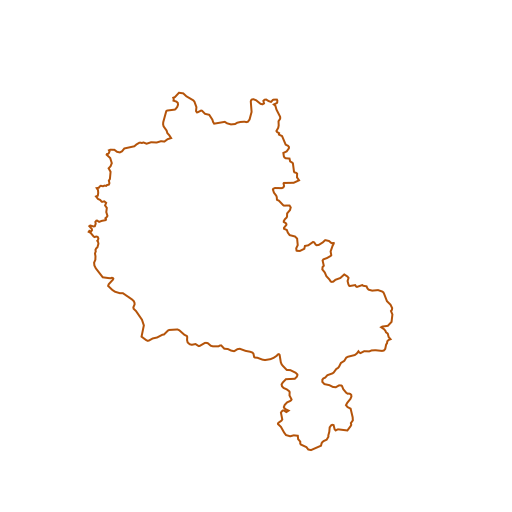 the district of Nguyen Binh, Cao Bằng, Vietnam, rotated 39°
{"feature_id": "81297802B34664406606726", "entity_name": "Nguyen Binh", "entity_type": "district", "adm_level": 2, "iso_a3": "VNM", "parent_name": "Vietnam", "parent_adm1": "Cao Bằng", "projection": "orthographic", "projection_center": [105.947, 22.647], "detail": "fine", "context": "isolated", "style": "outline", "palette": "amber", "viewbox_px": 512, "rotation_deg": 39, "n_neighbors": 0, "source": "geoboundaries", "source_scale": "gbopen_adm2", "svg_char_len": 6112}
<svg xmlns="http://www.w3.org/2000/svg" viewBox="0 0 512 512"><g transform="rotate(39 256 256)"><path d="M217.8,390.7L223.5,390.5L225.2,390.1L226.0,389.1L227.6,385.1L230.4,381.6L232.8,376.1L233.9,374.9L234.5,369.3L235.1,368.1L241.2,362.5L243.2,362.0L249.9,362.3L252.6,361.7L253.5,362.2L255.3,364.7L257.3,366.2L260.0,366.3L262.0,365.4L264.4,362.5L268.1,362.1L268.8,361.4L271.0,355.7L271.9,354.9L273.3,354.1L277.4,354.2L279.4,353.3L283.7,349.8L284.3,348.3L285.2,347.4L289.7,348.0L292.7,346.0L296.1,345.2L298.5,344.0L299.0,343.6L300.2,340.1L301.8,338.3L307.6,336.3L311.7,334.1L314.0,333.3L315.4,333.5L318.2,335.7L319.1,335.6L321.1,334.2L326.2,332.5L328.5,331.2L332.2,327.0L333.8,324.0L334.9,320.5L334.9,318.9L335.5,317.9L336.6,318.0L342.2,323.0L344.2,324.1L346.0,324.5L351.6,325.2L354.5,323.1L360.2,321.8L362.7,322.0L363.3,322.8L363.7,324.2L363.4,327.0L356.8,332.9L356.4,337.5L356.7,339.7L358.2,340.9L360.5,341.2L363.8,340.3L367.0,340.2L367.8,340.6L369.8,343.3L373.9,345.1L374.1,346.0L373.7,347.4L372.3,350.1L372.0,353.6L372.7,355.9L373.2,356.3L375.6,356.4L378.6,355.7L377.8,358.2L374.9,358.5L374.1,359.1L373.8,360.6L374.0,362.1L379.3,366.5L379.4,368.0L378.4,371.5L378.5,372.4L378.9,372.8L382.9,373.1L388.9,375.5L392.0,376.3L396.0,374.6L398.2,371.6L401.6,369.4L404.0,371.8L407.2,372.4L408.4,373.9L409.4,374.3L415.5,372.8L418.4,373.5L420.9,372.2L425.9,362.5L424.8,360.2L424.7,358.7L425.1,357.1L426.5,354.3L426.0,350.9L425.1,349.9L423.6,346.5L421.1,342.8L421.0,340.1L421.5,339.2L422.7,338.6L426.2,341.2L427.7,341.4L428.6,339.4L429.4,338.7L436.8,334.1L436.6,328.7L436.3,327.3L434.9,326.2L434.7,322.8L432.6,320.5L425.6,315.1L422.2,315.8L419.8,315.3L419.3,312.7L419.3,307.6L418.6,305.2L417.4,304.0L416.1,303.9L414.8,304.4L414.0,305.3L412.2,305.5L407.7,304.6L404.6,302.9L403.9,302.9L402.0,304.2L400.6,307.8L398.1,309.4L394.3,310.2L389.8,312.5L386.8,312.1L385.4,310.3L385.4,308.7L386.3,307.0L386.5,303.7L389.3,299.1L389.7,297.7L389.5,293.3L390.2,291.3L390.2,289.8L389.3,285.7L390.6,281.9L390.1,278.2L390.8,276.5L395.1,270.8L395.7,268.4L395.6,265.6L396.9,266.0L398.3,265.7L400.0,261.9L404.0,258.9L405.3,256.6L408.2,254.0L413.6,250.5L414.8,249.1L414.9,248.1L414.9,246.9L412.8,242.8L412.8,241.5L411.7,239.6L411.9,237.8L412.9,236.0L410.1,235.5L407.2,233.4L405.0,233.5L403.9,232.8L401.8,232.3L398.1,232.6L398.6,231.3L402.4,227.3L402.8,221.9L398.8,215.6L395.5,213.8L395.5,212.3L394.6,210.8L391.2,209.2L386.2,208.7L379.4,204.8L377.9,204.1L376.4,204.2L372.3,205.7L368.1,209.8L364.7,211.3L363.1,211.1L361.0,210.0L358.0,211.7L356.9,211.7L353.9,216.5L353.0,216.7L351.4,216.2L347.7,220.4L347.0,220.5L345.4,219.7L342.9,217.8L341.7,214.8L340.0,214.4L336.2,214.8L335.4,220.0L332.7,224.5L332.2,227.3L331.1,228.5L330.1,228.8L327.7,228.0L323.4,227.4L319.8,225.5L316.0,224.7L314.7,222.7L314.8,220.9L310.6,217.6L310.5,216.2L312.5,212.8L314.0,208.9L314.0,208.0L311.1,205.5L309.1,199.9L308.6,197.4L308.2,197.0L306.6,198.5L303.3,198.4L300.0,200.0L299.7,200.4L299.4,203.2L297.8,207.9L296.3,209.5L295.2,209.6L292.7,208.8L291.5,209.2L289.9,214.8L287.7,217.4L289.0,220.0L286.9,224.5L284.6,226.2L284.1,226.3L282.4,224.7L281.6,221.3L277.0,216.6L274.0,216.3L269.0,218.6L266.0,217.8L263.6,216.4L260.6,217.2L260.0,216.5L260.0,212.7L259.6,212.1L258.4,211.7L256.2,212.1L255.6,211.4L255.3,209.1L255.6,206.8L255.2,205.7L253.4,203.3L253.5,198.9L252.4,196.4L250.3,195.7L245.9,199.3L245.1,199.4L239.1,198.6L236.9,199.1L235.1,197.2L233.8,196.4L230.1,195.5L227.3,193.7L227.1,192.9L228.0,191.2L233.4,187.0L234.1,185.5L233.8,184.0L231.7,182.2L231.7,181.7L239.2,175.4L241.8,170.1L238.4,169.1L236.1,166.1L234.9,166.1L233.2,166.8L232.4,166.5L226.4,160.8L225.7,160.6L223.0,161.0L220.7,159.2L217.5,161.4L216.0,161.5L214.9,161.0L212.4,158.7L214.0,155.4L213.8,151.7L213.1,150.6L211.6,150.2L209.0,150.8L200.8,146.4L197.4,147.2L196.7,146.0L194.4,146.4L193.2,146.0L192.6,142.4L191.5,140.3L188.7,137.1L188.4,134.2L187.9,133.4L187.1,132.6L179.7,129.3L176.6,127.1L174.5,127.0L175.9,124.1L175.9,123.4L174.8,121.8L173.8,121.3L171.3,123.4L170.9,124.1L170.7,126.8L168.2,127.7L165.4,128.0L164.3,129.2L164.1,130.8L166.2,132.4L165.6,134.0L163.8,134.9L158.1,134.9L155.3,135.8L154.3,137.0L154.2,138.1L154.7,139.2L161.9,146.8L165.1,154.0L165.2,156.8L164.3,158.0L162.5,158.9L159.5,161.7L157.5,164.3L156.7,166.6L153.7,169.5L150.0,171.1L147.3,171.4L140.2,179.5L138.2,178.8L136.3,177.5L130.8,175.7L126.9,177.6L122.7,177.1L121.8,177.5L120.2,181.1L119.7,181.6L118.2,181.1L116.0,177.8L111.0,174.8L109.3,174.5L101.4,175.7L97.1,175.4L93.4,177.6L93.0,183.5L92.1,185.1L93.3,185.8L94.1,187.2L97.0,186.1L98.8,186.2L100.2,187.5L101.0,189.8L101.0,192.8L100.6,193.5L95.4,198.9L95.1,199.9L99.7,210.4L100.9,212.1L102.6,213.4L107.6,214.8L109.8,216.3L112.5,216.7L115.8,217.8L113.8,220.8L112.8,224.7L109.9,226.6L107.4,230.3L102.9,233.6L100.3,237.6L97.1,238.6L96.2,240.0L94.6,240.8L94.0,241.5L92.9,244.5L92.4,247.3L86.0,255.3L86.0,259.0L85.0,261.2L82.4,262.5L79.1,262.6L75.9,265.1L75.2,266.4L76.3,266.8L76.9,268.9L76.7,269.8L76.0,270.6L76.2,271.3L81.0,271.6L85.5,274.6L86.5,277.8L86.3,280.6L90.0,282.1L94.0,288.1L94.2,290.0L96.2,291.6L96.5,292.3L96.7,293.2L95.5,294.7L95.5,295.7L93.9,296.7L93.2,298.1L91.2,299.1L90.8,300.4L90.9,301.9L89.5,303.5L91.7,304.2L93.7,306.3L95.1,308.7L94.2,310.4L97.3,311.1L99.7,310.5L101.7,310.9L102.3,310.8L103.7,309.0L106.1,309.0L106.9,311.7L109.8,312.5L112.0,316.1L115.3,318.3L115.5,319.6L115.2,321.4L116.3,321.8L116.6,322.7L114.0,325.8L112.6,328.2L110.1,328.5L109.7,329.0L109.7,330.6L111.1,331.8L112.0,334.3L111.3,335.2L108.0,336.6L107.7,337.7L111.3,338.3L112.3,339.1L112.4,340.9L110.7,341.3L110.8,342.5L112.8,342.1L117.5,343.0L118.6,342.9L119.6,341.4L120.9,340.8L122.4,341.5L123.1,342.9L123.1,344.1L124.3,344.4L125.8,345.6L127.3,349.1L127.0,350.6L127.4,352.3L128.5,353.2L129.3,355.4L131.4,357.2L133.5,360.0L134.4,363.1L136.4,365.1L139.3,366.4L150.3,369.0L155.4,365.9L157.0,364.8L157.7,363.6L158.8,363.2L159.4,363.4L159.7,364.4L159.3,370.6L159.9,372.3L165.7,372.8L168.9,372.5L173.6,370.6L175.9,368.7L187.0,367.8L189.5,368.0L191.1,368.9L192.1,370.0L193.0,373.1L194.1,374.0L197.4,374.3L207.5,377.3L212.5,380.5L217.8,390.7Z" fill="none" stroke="#b45309" stroke-width="2"/></g></svg>